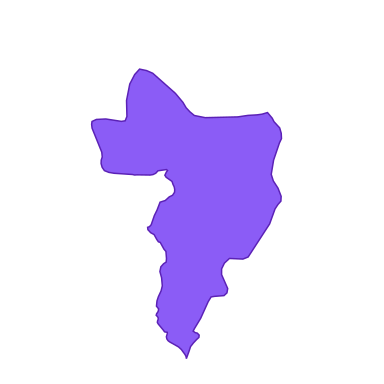 the Region of Fès - Boulemane, rotated 233°
{"feature_id": "MAR-1446", "entity_name": "Fès - Boulemane", "entity_type": "Region", "adm_level": 1, "iso_a3": "MAR", "parent_name": "Morocco", "parent_adm1": "", "projection": "natural_earth1", "projection_center": [-4.364, 33.462], "detail": "fine", "context": "isolated", "style": "filled", "palette": "violet", "viewbox_px": 384, "rotation_deg": 233, "n_neighbors": 0, "source": "natural_earth", "source_scale": "10m", "svg_char_len": 1835}
<svg xmlns="http://www.w3.org/2000/svg" viewBox="0 0 384 384"><g transform="rotate(233 192 192)"><path d="M87.7,83.4L89.8,83.5L91.8,84.4L93.8,87.1L94.8,87.8L96.7,86.0L97.5,85.9L98.3,86.0L106.9,85.6L108.6,85.8L109.7,86.8L110.5,88.1L111.7,89.2L112.6,89.4L114.7,89.3L115.1,89.2L116.3,90.8L116.2,91.2L116.9,92.8L117.3,93.5L118.8,95.0L122.2,94.9L126.1,98.5L128.6,102.1L131.7,107.9L134.9,111.8L141.8,116.1L147.8,118.5L151.0,122.1L151.8,126.1L151.6,129.2L154.1,131.5L160.2,135.4L163.2,135.2L170.9,136.3L172.4,135.2L175.3,135.3L180.8,136.1L184.4,134.5L188.4,134.1L190.5,135.3L189.9,137.1L190.4,139.7L195.8,147.7L198.6,153.2L203.1,160.4L201.3,165.5L201.8,170.9L201.1,174.5L202.3,177.9L204.4,179.7L206.9,180.9L209.5,181.4L212.5,182.4L219.3,180.2L221.7,180.4L223.3,183.4L223.9,185.4L225.3,185.1L229.4,177.6L228.8,174.3L229.4,171.3L230.8,168.7L238.9,158.3L240.1,156.4L241.8,155.0L253.8,141.1L257.7,137.4L261.8,134.9L265.8,135.1L269.4,136.5L272.1,138.7L274.0,141.4L278.1,143.9L303.1,150.6L306.5,152.6L308.5,154.6L307.5,159.3L302.2,167.1L290.9,178.1L289.1,181.5L291.5,185.5L304.5,194.8L315.7,207.3L320.3,216.9L321.7,224.1L316.3,228.8L310.5,232.1L280.8,238.1L269.0,238.7L262.8,238.0L257.2,238.6L251.7,239.9L243.4,247.3L224.4,273.8L219.5,282.8L214.5,290.3L212.0,294.8L210.0,300.1L202.7,300.5L198.8,299.8L190.4,300.6L185.2,298.6L180.8,295.6L178.6,291.4L168.4,276.4L158.4,265.9L151.9,263.6L143.3,263.0L134.9,260.6L131.2,257.5L130.3,253.1L128.5,248.1L119.8,234.8L106.3,197.7L107.8,192.3L116.4,181.9L115.7,175.1L112.8,169.4L108.2,165.9L93.4,162.4L90.4,159.2L90.0,155.2L95.1,147.2L96.7,144.1L94.7,139.0L85.9,122.9L81.5,111.9L80.2,109.2L77.8,109.9L76.1,111.3L73.4,111.6L71.7,110.0L71.4,106.9L70.6,102.3L69.4,97.8L66.6,93.8L62.3,87.2L64.1,88.2L66.3,88.6L72.7,88.7L76.4,88.0L85.8,83.9L87.7,83.4Z" fill="#8b5cf6" stroke="#5b21b6" stroke-width="1.5"/></g></svg>